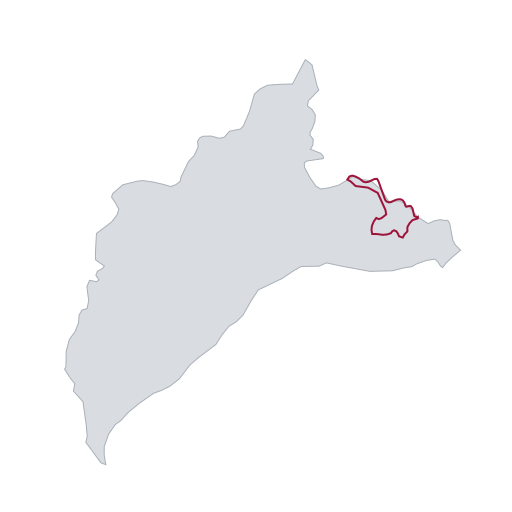 Moldova, with Taraclia highlighted, rotated 263°
{"feature_id": "MDA-1625", "entity_name": "Taraclia", "entity_type": "District", "adm_level": 1, "iso_a3": "MDA", "parent_name": "Moldova", "parent_adm1": "", "projection": "robinson", "projection_center": [28.676, 45.978], "detail": "fine", "context": "in_parent", "style": "outline", "palette": "rose", "viewbox_px": 512, "rotation_deg": 263, "n_neighbors": 0, "source": "natural_earth", "source_scale": "10m", "svg_char_len": 2719}
<svg xmlns="http://www.w3.org/2000/svg" viewBox="0 0 512 512"><g transform="rotate(263 256 256)"><path d="M67.2,81.5L69.6,76.9L91.8,64.4L97.5,66.5L109.0,66.9L132.5,66.5L144.2,58.3L151.3,60.6L157.2,56.9L166.9,52.2L168.3,53.2L169.5,53.9L184.5,56.0L195.8,60.5L203.3,67.4L211.1,71.6L219.1,73.3L223.5,76.7L224.4,81.9L231.9,84.5L246.1,84.4L252.1,87.8L249.9,94.8L251.4,97.1L256.4,94.7L260.2,96.8L262.2,101.9L264.5,104.3L271.7,96.3L279.3,97.1L297.8,100.4L307.6,117.1L313.8,123.1L319.2,125.5L326.0,122.9L332.0,119.8L335.4,121.3L342.9,132.4L344.7,146.8L344.7,152.7L342.1,162.5L338.3,173.0L335.3,179.8L336.6,185.2L339.3,189.8L343.7,191.3L358.1,200.6L363.4,207.0L371.2,211.8L377.1,212.0L380.2,214.7L381.3,217.9L380.5,226.2L377.3,233.9L377.7,238.9L383.0,244.8L383.6,251.6L383.9,256.0L386.7,259.4L399.9,266.9L417.0,274.2L421.4,280.5L424.1,288.4L423.4,301.7L422.3,313.2L444.8,328.8L442.3,331.7L438.8,334.9L417.4,337.3L413.1,338.6L403.7,326.9L398.8,325.4L394.3,329.7L388.9,332.1L382.4,330.9L375.5,327.3L372.0,324.7L369.2,324.4L364.9,327.0L359.1,325.9L355.3,323.0L349.9,332.9L346.6,335.0L344.5,334.7L344.1,317.8L342.5,315.3L338.2,314.9L327.7,318.9L317.8,324.1L314.5,328.7L314.8,337.0L316.3,347.0L323.1,362.0L319.4,368.6L316.8,379.1L306.1,388.7L294.1,394.3L293.1,405.7L286.4,413.6L274.9,421.4L267.2,430.8L269.2,437.3L269.6,443.4L268.3,447.5L268.0,450.7L265.0,452.2L247.5,453.3L242.5,455.3L236.8,459.8L231.4,451.3L225.9,443.8L221.8,439.8L223.6,437.9L228.0,435.8L231.1,433.3L230.8,424.4L228.5,414.2L226.4,409.3L226.2,401.5L224.7,389.5L226.9,367.1L235.7,339.0L240.6,325.0L238.2,317.4L240.1,299.5L236.4,290.7L230.5,279.2L222.1,254.1L211.6,245.3L198.7,235.7L193.2,228.5L189.5,220.5L181.8,212.6L173.0,205.3L162.5,187.1L157.1,178.9L155.4,176.7L143.5,165.0L137.2,154.5L134.1,145.8L132.3,137.8L123.9,122.0L116.3,110.1L109.1,101.7L105.8,95.7L97.3,88.1L85.2,82.1L77.4,81.1L67.2,81.5Z" fill="#d9dde1" stroke="#a8b0b8" stroke-width="1"/><path d="M320.7,356.0L323.5,358.3L324.1,361.2L322.8,364.4L320.3,368.0L316.6,371.7L315.8,373.8L316.0,377.1L318.0,383.0L317.8,385.6L315.1,386.7L296.1,391.0L294.3,392.1L293.1,394.1L293.0,396.3L294.5,401.0L294.9,403.2L294.8,405.9L294.0,407.7L292.7,408.9L290.6,409.9L287.4,410.5L286.6,411.1L286.6,411.9L286.8,413.1L287.0,414.5L286.6,415.8L283.8,417.2L276.5,417.9L274.7,420.4L275.1,421.4L273.6,421.2L272.6,415.8L269.8,412.4L266.3,409.8L261.9,409.2L259.4,406.1L256.4,403.9L258.1,400.4L261.4,399.4L263.5,398.2L264.7,396.1L263.8,394.1L262.2,392.7L261.4,388.6L261.6,384.3L263.0,379.0L263.7,374.0L267.9,373.8L271.9,374.8L275.9,377.1L279.1,380.0L277.7,382.2L278.0,384.2L278.7,385.9L281.4,390.3L285.9,390.1L303.8,384.5L310.2,375.5L313.3,363.4L318.4,359.1L320.7,356.0Z" fill="none" stroke="#9f1239" stroke-width="2"/></g></svg>